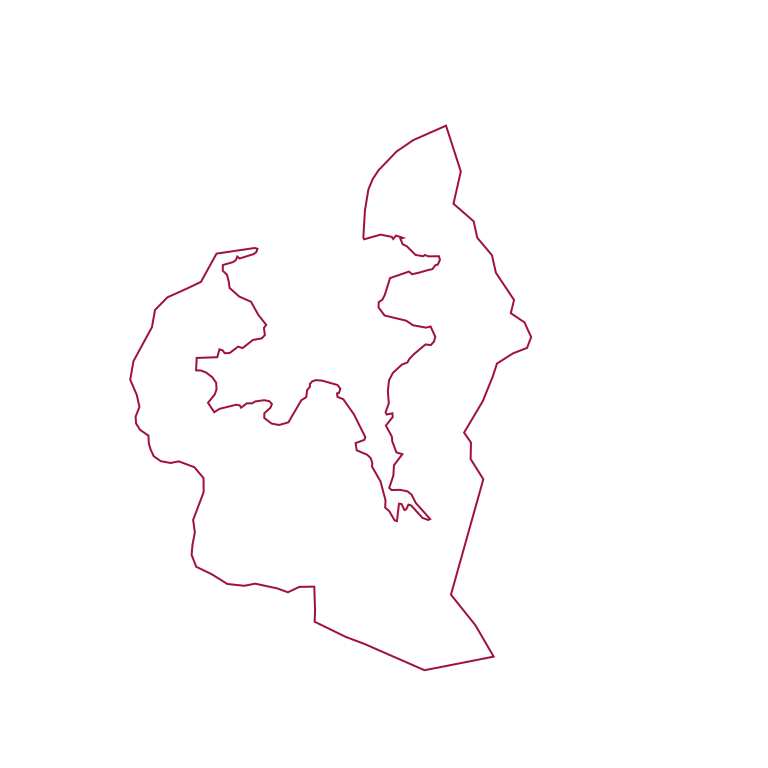 Wouri, Littoral, Cameroon (orthographic projection), rotated 121°
{"feature_id": "32672807B59545531100821", "entity_name": "Wouri", "entity_type": "district", "adm_level": 2, "iso_a3": "CMR", "parent_name": "Cameroon", "parent_adm1": "Littoral", "projection": "orthographic", "projection_center": [9.63, 4.004], "detail": "fine", "context": "isolated", "style": "outline", "palette": "rose", "viewbox_px": 768, "rotation_deg": 121, "n_neighbors": 0, "source": "geoboundaries", "source_scale": "gbopen_adm2", "svg_char_len": 2962}
<svg xmlns="http://www.w3.org/2000/svg" viewBox="0 0 768 768"><g transform="rotate(121 384 384)"><path d="M291.3,289.2L279.4,280.0L268.0,282.0L258.8,295.4L258.0,311.8L245.0,315.8L231.0,345.4L218.0,357.8L210.6,379.4L198.4,390.9L193.7,417.3L162.3,427.6L130.6,463.9L159.8,484.5L178.3,493.0L185.4,494.6L203.7,498.8L214.2,499.2L225.2,497.6L244.9,489.8L269.0,477.2L270.2,475.6L257.7,463.8L253.9,453.2L255.0,450.8L250.6,450.2L249.0,443.0L251.0,444.8L254.6,440.0L254.2,435.3L257.1,423.4L254.3,416.2L252.4,415.4L251.7,411.7L246.2,402.7L248.7,400.0L254.0,399.4L255.6,401.1L260.7,401.7L263.5,404.8L270.2,411.0L275.4,416.4L274.8,420.5L290.1,433.4L307.2,429.2L312.6,428.8L316.5,430.7L321.2,428.1L325.0,418.8L318.3,397.6L318.7,389.4L314.1,377.1L313.8,376.8L310.7,373.7L317.1,364.4L321.8,363.0L326.5,363.9L328.7,368.8L343.3,373.8L349.6,375.2L353.4,375.0L358.2,378.7L370.0,382.1L378.2,381.6L388.0,377.1L398.1,369.9L407.4,368.1L408.8,366.0L404.8,361.7L407.8,359.5L418.7,361.0L425.1,350.1L428.8,347.5L436.2,338.2L435.5,335.2L434.7,332.1L448.5,333.6L457.7,328.8L470.4,326.0L471.0,322.9L466.5,315.8L463.9,308.5L464.7,303.3L469.6,295.5L476.0,274.9L477.7,276.0L479.0,282.0L474.1,298.1L474.8,300.9L479.9,300.4L481.5,301.5L477.8,307.3L478.9,309.5L494.8,302.3L495.4,304.7L490.3,314.0L489.3,319.4L483.0,322.7L469.3,336.8L461.0,351.7L457.8,353.3L454.4,357.2L453.3,361.9L454.9,373.2L449.3,377.9L442.0,372.1L439.2,372.6L425.5,394.2L418.0,411.1L419.0,417.2L416.2,419.4L415.1,418.0L410.6,418.9L408.8,423.3L413.0,438.8L415.8,444.4L418.6,446.8L422.1,447.6L424.4,446.1L428.9,446.7L435.4,443.9L440.5,446.5L466.1,446.2L468.9,448.8L473.2,452.9L475.8,460.0L474.8,469.1L470.7,471.5L462.7,469.1L458.9,469.8L457.8,473.4L459.6,478.4L465.4,485.5L468.4,487.0L471.2,491.6L477.9,494.3L476.6,496.7L477.9,500.0L490.0,512.2L495.6,515.0L490.7,525.2L480.1,523.7L474.8,524.8L469.4,528.5L466.6,534.8L465.8,542.6L466.7,547.8L469.1,552.1L458.1,558.0L456.2,555.0L446.9,540.7L439.0,542.9L438.3,539.7L439.6,536.4L437.0,532.3L427.1,528.3L426.0,523.7L413.7,519.0L407.9,512.3L403.4,511.3L397.8,515.8L394.0,515.4L389.3,527.7L382.0,540.3L382.1,541.1L383.6,553.1L381.2,565.8L376.1,569.9L371.2,574.9L369.9,580.6L365.0,583.4L357.4,576.3L354.0,574.8L350.3,575.4L350.8,572.4L339.6,562.5L336.7,561.4L333.3,562.1L334.0,564.9L358.5,594.7L390.7,593.5L403.0,601.6L421.3,614.3L438.5,618.4L454.7,612.2L493.5,610.5L511.0,603.8L520.6,590.4L529.6,581.8L539.9,580.1L545.5,576.2L548.9,569.6L549.6,559.3L555.9,555.1L560.2,550.5L564.5,544.2L565.1,535.5L561.6,526.2L556.0,520.1L553.0,503.8L557.6,490.2L569.6,482.9L598.8,477.6L608.6,469.7L620.1,465.5L629.6,460.9L637.4,450.7L635.8,433.9L636.1,415.3L628.9,399.8L621.5,391.6L617.4,379.6L614.3,370.7L612.0,359.1L601.5,352.1L593.6,339.4L605.7,331.6L613.2,326.7L623.5,321.0L620.5,286.6L616.9,266.9L608.5,201.9L561.2,149.6L543.7,181.4L530.1,218.1L414.5,249.8L403.7,271.1L389.4,279.3L384.4,290.3L347.8,290.5L321.7,294.6L308.3,297.7L291.3,289.2Z" fill="none" stroke="#9f1239" stroke-width="2"/></g></svg>